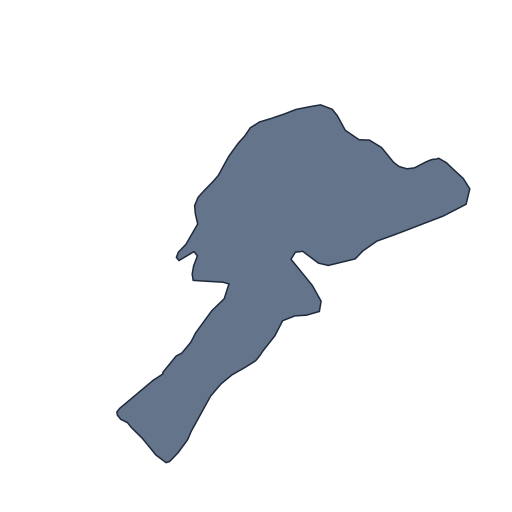 the district of Kafr Al-Shaykh, Kafr ash Shaykh, Egypt, rotated 50°
{"feature_id": "37247803B88656028982840", "entity_name": "Kafr Al-Shaykh", "entity_type": "district", "adm_level": 2, "iso_a3": "EGY", "parent_name": "Egypt", "parent_adm1": "Kafr ash Shaykh", "projection": "equal_earth", "projection_center": [30.946, 31.12], "detail": "fine", "context": "isolated", "style": "filled", "palette": "slate", "viewbox_px": 512, "rotation_deg": 50, "n_neighbors": 0, "source": "geoboundaries", "source_scale": "gbopen_adm2", "svg_char_len": 1622}
<svg xmlns="http://www.w3.org/2000/svg" viewBox="0 0 512 512"><g transform="rotate(50 256 256)"><path d="M345.8,86.7L346.9,81.7L351.4,61.8L342.0,49.1L329.8,47.4L319.0,48.8L306.8,50.2L300.0,52.7L298.6,53.2L297.3,56.3L295.9,57.9L294.5,61.0L293.1,65.6L293.0,66.1L292.9,66.5L291.7,71.9L290.3,78.1L286.2,84.3L279.4,88.9L272.6,90.4L253.7,90.1L240.1,94.6L235.4,99.9L233.2,102.3L217.0,106.8L200.7,103.5L195.3,103.4L192.6,103.3L181.7,109.4L176.2,118.8L169.4,131.2L165.2,143.6L159.7,157.6L155.6,167.0L155.2,170.1L154.1,177.9L156.8,187.3L158.1,196.7L162.0,212.4L164.6,219.2L167.7,227.1L170.0,232.9L171.3,240.7L172.5,253.2L173.8,262.6L177.1,269.0L177.8,270.5L184.6,275.3L194.0,280.1L202.0,302.1L203.2,313.1L205.9,317.9L208.6,317.9L210.0,317.9L212.8,300.7L215.5,300.8L218.2,300.8L219.9,303.7L223.6,310.3L228.9,316.6L234.3,319.8L245.2,308.4L254.8,298.2L259.3,295.1L259.7,294.9L260.0,294.7L268.3,307.8L269.5,325.0L272.2,336.0L276.1,351.7L280.1,361.1L282.7,375.3L281.3,381.5L285.2,401.9L286.5,403.5L285.1,414.4L285.1,423.8L285.1,430.1L285.1,439.4L285.1,448.8L285.1,456.6L285.1,458.4L286.1,462.9L288.8,464.5L294.2,464.6L301.0,461.6L307.7,461.7L320.4,460.5L322.7,460.3L332.1,460.4L344.3,460.6L356.5,457.7L357.9,454.3L356.6,442.0L352.7,426.3L348.7,418.4L334.1,380.7L331.5,365.0L331.6,350.9L334.4,335.3L335.9,324.4L335.9,322.8L334.6,316.5L333.2,311.8L329.3,293.0L322.7,277.2L324.3,272.4L326.8,264.8L333.7,255.5L339.2,243.1L332.5,235.2L314.9,231.8L302.7,231.6L281.0,231.3L278.4,223.4L282.5,217.2L301.5,212.8L309.7,206.7L322.0,181.8L320.8,170.8L322.3,153.7L329.2,135.0L345.8,86.7Z" fill="#64748b" stroke="#1e293b" stroke-width="1.5"/></g></svg>